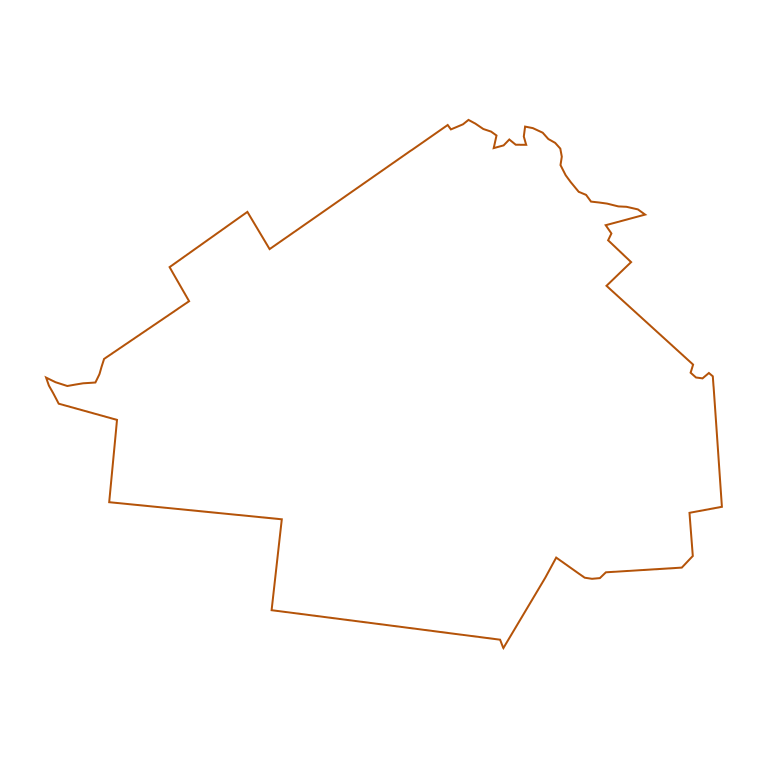 the district of Leandro N. Alem, Misiones, Argentina
{"feature_id": "61730980B79202279576530", "entity_name": "Leandro N. Alem", "entity_type": "district", "adm_level": 2, "iso_a3": "ARG", "parent_name": "Argentina", "parent_adm1": "Misiones", "projection": "robinson", "projection_center": [-55.364, -27.618], "detail": "fine", "context": "isolated", "style": "outline", "palette": "amber", "viewbox_px": 768, "rotation_deg": 0, "n_neighbors": 0, "source": "geoboundaries", "source_scale": "gbopen_adm2", "svg_char_len": 1516}
<svg xmlns="http://www.w3.org/2000/svg" viewBox="0 0 768 768"><path d="M46.1,377.6L48.9,385.6L53.1,393.0L56.9,400.2L58.7,403.7L117.0,419.9L116.0,430.7L112.6,466.4L109.2,502.2L281.8,519.3L280.1,534.3L271.6,610.2L452.8,633.6L500.1,639.7L503.2,647.8L503.4,648.1L505.5,644.5L540.1,586.4L545.4,577.5L556.2,557.6L579.1,573.8L584.7,577.7L592.0,578.8L599.9,578.1L605.9,572.3L681.8,567.6L690.4,558.5L692.8,556.0L690.0,519.7L689.5,512.8L721.9,506.8L716.2,424.1L713.6,386.9L713.5,386.1L712.8,376.3L708.9,373.0L702.5,378.4L702.1,378.3L696.0,377.5L690.6,372.7L691.4,370.2L693.1,364.6L610.4,289.4L606.5,285.8L623.6,269.3L631.1,262.1L625.3,256.6L611.1,243.1L608.1,240.3L608.7,239.1L611.4,233.5L611.1,233.0L605.7,225.2L615.8,222.5L645.1,214.6L637.9,209.4L626.5,206.8L618.3,206.4L607.1,203.6L599.1,202.5L591.0,201.6L586.1,194.9L578.7,191.8L570.7,182.1L565.7,175.3L560.5,165.1L561.8,156.7L560.3,148.6L555.2,142.9L548.3,139.0L542.7,132.7L532.8,128.1L525.1,126.6L523.8,136.5L525.7,143.2L526.2,144.8L522.2,144.8L515.7,144.7L509.3,139.5L503.6,145.4L499.2,146.6L493.7,148.1L494.3,145.5L496.5,135.5L491.1,131.6L483.3,129.0L475.2,123.5L474.0,122.9L468.5,119.9L463.0,124.3L456.4,127.1L450.9,129.4L447.7,125.0L412.0,149.9L410.4,150.9L313.7,218.4L269.6,249.1L247.4,211.9L241.0,216.4L237.6,218.8L169.6,267.1L172.8,272.8L189.1,301.2L178.6,308.3L177.5,309.1L104.1,358.9L101.5,367.0L99.6,373.7L99.3,374.5L97.8,377.6L95.4,382.5L91.2,382.8L83.1,383.3L75.2,384.6L67.3,386.0L55.5,382.2L46.1,377.6Z" fill="none" stroke="#b45309" stroke-width="2"/></svg>